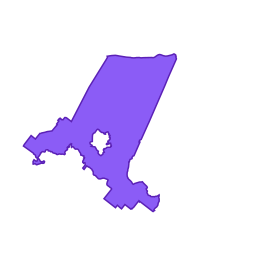 Muaro Jambi, Jambi, Indonesia (Mercator projection), rotated 308°
{"feature_id": "22746128B29274337249674", "entity_name": "Muaro Jambi", "entity_type": "district", "adm_level": 2, "iso_a3": "IDN", "parent_name": "Indonesia", "parent_adm1": "Jambi", "projection": "mercator", "projection_center": [103.518, -1.705], "detail": "fine", "context": "isolated", "style": "filled", "palette": "violet", "viewbox_px": 256, "rotation_deg": 308, "n_neighbors": 0, "source": "geoboundaries", "source_scale": "gbopen_adm2", "svg_char_len": 5480}
<svg xmlns="http://www.w3.org/2000/svg" viewBox="0 0 256 256"><g transform="rotate(308 128 128)"><path d="M214.7,118.6L212.7,117.6L210.8,116.1L209.0,114.7L207.7,113.3L206.7,111.2L206.1,109.2L205.5,107.8L204.5,106.9L203.5,106.4L199.9,105.3L198.9,104.5L198.1,103.2L192.7,96.6L191.7,95.6L191.0,94.6L190.4,93.3L189.8,92.7L188.9,91.5L187.6,90.3L186.5,89.0L185.5,87.4L185.2,86.6L182.9,83.2L179.2,76.5L178.4,74.9L177.5,73.3L175.0,70.5L171.7,67.4L171.1,68.3L169.3,68.6L136.3,72.2L98.2,79.4L98.2,73.7L98.0,72.6L97.3,71.7L94.4,71.7L94.1,71.0L93.8,70.8L94.0,68.8L93.3,68.8L93.3,68.1L90.9,68.0L90.9,69.2L87.2,69.3L87.1,70.2L78.9,69.9L76.7,67.8L75.5,66.6L73.5,65.2L70.9,63.0L70.0,62.5L69.3,62.0L69.3,61.9L62.3,61.8L62.4,56.3L51.2,56.4L49.4,56.7L49.6,60.5L49.9,68.6L49.8,69.4L49.4,69.7L49.6,71.9L48.8,72.6L48.7,73.0L48.2,73.5L48.3,75.1L47.3,76.2L45.8,76.6L45.2,75.7L45.1,73.5L43.1,73.8L42.8,74.1L41.1,75.4L41.1,75.5L42.7,76.8L42.8,77.7L42.6,78.1L42.7,78.4L42.9,78.8L44.1,79.5L45.3,80.4L47.0,81.4L47.8,82.8L48.4,83.3L49.1,83.4L50.2,82.9L50.3,82.7L50.3,82.3L50.2,81.9L49.3,81.7L48.5,81.0L48.0,80.3L47.9,79.9L47.8,79.4L48.4,78.1L49.1,75.4L49.4,75.1L51.8,75.2L53.4,74.9L54.3,74.9L54.6,74.5L55.4,74.8L56.0,74.8L56.4,75.1L56.8,75.2L57.2,75.8L57.5,76.8L58.2,77.3L58.5,77.3L58.9,77.0L59.8,76.8L60.1,76.9L60.5,77.1L61.2,77.8L61.4,78.1L61.4,78.6L60.9,79.3L61.6,80.4L61.8,81.1L61.7,81.4L61.7,81.8L62.5,82.5L62.2,84.1L62.8,85.7L63.1,86.0L63.1,86.6L63.4,86.9L63.5,87.2L63.5,87.5L63.3,87.9L63.4,88.4L63.4,88.5L64.4,89.3L65.3,89.7L65.4,90.2L66.0,91.1L66.1,91.5L66.7,91.9L67.5,93.1L67.9,94.3L68.6,94.5L69.0,94.4L69.4,93.7L69.7,93.3L70.6,93.0L71.5,92.9L72.0,93.0L72.5,93.4L72.8,93.5L73.5,93.5L73.5,93.3L74.1,93.3L74.7,92.8L74.9,92.5L74.9,92.3L75.3,92.1L75.5,92.1L75.4,92.4L75.5,92.5L75.6,92.3L75.9,92.3L75.9,92.6L76.1,92.8L76.2,93.1L76.3,93.1L76.4,92.9L76.9,92.9L76.9,93.1L77.1,93.5L77.3,93.3L77.4,93.0L77.3,92.5L78.1,92.3L78.4,92.3L79.0,92.6L79.3,92.5L79.4,92.9L79.7,92.8L80.1,92.9L80.6,92.8L80.7,93.4L79.8,93.6L79.2,94.1L78.2,95.5L79.0,95.6L79.3,95.9L79.4,97.1L79.0,98.1L78.9,99.5L79.5,100.2L80.1,100.8L80.4,101.6L80.3,102.4L79.5,104.2L78.9,106.0L78.6,106.5L78.4,106.9L77.9,107.1L77.6,107.4L77.8,107.7L77.8,108.1L78.2,108.8L78.2,109.6L78.7,110.1L78.8,110.4L78.5,110.6L78.2,111.0L77.7,111.3L77.8,111.7L77.8,112.1L77.0,112.3L76.3,112.0L75.7,112.6L74.7,112.6L73.7,113.0L73.1,113.5L73.2,114.1L72.9,114.6L73.3,114.7L74.1,115.4L72.6,117.0L68.6,117.0L68.3,118.3L68.3,118.9L72.6,118.8L72.8,119.6L72.9,121.0L73.2,121.4L73.3,121.8L73.3,122.3L73.1,123.4L73.2,124.2L73.2,125.1L72.8,125.5L72.6,126.0L72.4,126.5L72.5,126.7L72.2,127.4L70.1,129.2L69.9,130.3L70.4,131.3L70.5,132.1L70.3,132.3L70.2,133.1L69.8,135.9L70.6,137.3L71.2,137.8L73.0,139.1L73.8,140.2L74.9,143.8L74.8,144.2L74.6,144.4L72.7,144.9L71.0,145.7L70.4,146.3L70.2,146.7L70.1,147.4L70.2,149.7L70.1,150.6L70.2,151.8L70.1,152.3L69.7,152.7L57.5,152.6L57.5,167.2L60.6,167.2L60.3,171.2L60.3,172.7L65.8,172.7L65.8,180.1L66.6,180.3L66.6,180.9L67.4,180.9L68.1,181.1L69.1,181.3L76.6,181.3L76.7,182.3L77.4,181.8L77.5,198.7L77.6,199.2L78.6,199.4L79.2,199.7L79.2,199.2L79.3,199.0L79.5,198.8L80.2,198.7L81.4,198.7L83.5,199.2L85.3,199.1L86.1,198.8L86.6,198.4L87.9,197.9L89.6,197.6L90.6,196.7L91.2,196.4L92.1,195.1L92.5,194.7L93.6,194.4L94.1,194.0L94.4,193.7L92.8,193.2L91.6,192.4L90.9,191.5L90.1,191.3L89.6,190.3L88.6,189.1L88.0,188.0L88.3,187.3L88.1,186.7L87.8,186.1L87.6,185.0L88.3,183.8L88.6,182.9L89.2,182.4L89.9,182.3L90.3,182.0L90.5,181.0L90.6,180.8L91.2,179.8L92.4,180.0L93.2,179.7L93.6,178.7L94.1,174.2L94.5,172.4L93.7,171.8L92.6,170.4L88.2,167.3L87.4,167.1L86.9,166.8L86.9,165.8L87.6,164.2L87.9,162.7L88.1,160.1L88.4,158.7L88.9,158.4L89.1,157.6L89.7,156.9L90.9,155.8L92.7,154.6L94.1,154.2L95.0,153.5L97.5,152.5L100.5,150.6L101.6,149.6L101.9,149.9L102.2,149.7L102.6,149.7L104.4,148.9L106.2,150.0L106.7,149.9L107.3,149.2L109.1,149.2L109.6,149.7L110.2,149.7L124.2,146.1L123.8,145.3L125.5,144.7L126.4,145.2L127.2,145.4L144.3,141.2L144.5,141.2L183.9,131.0L193.6,128.3L212.3,123.6L212.6,123.2L212.9,122.5L213.6,122.2L213.8,121.8L214.2,121.6L214.1,121.1L214.9,120.6L214.9,119.8L214.7,118.6ZM101.4,104.1L102.9,104.2L103.8,104.8L104.5,104.7L107.8,104.6L108.5,105.0L108.7,106.4L108.5,107.3L108.3,107.3L108.2,109.8L108.8,110.8L109.1,111.7L109.0,112.1L108.7,112.4L108.8,113.4L109.1,113.8L109.2,113.5L109.5,113.6L109.6,113.4L110.2,113.1L110.6,113.5L111.0,113.5L112.2,114.1L112.5,114.6L112.6,114.9L112.0,115.5L111.8,116.1L111.8,116.5L111.5,116.5L111.4,116.7L111.2,116.8L111.1,117.1L110.9,117.1L111.1,118.3L110.6,118.3L110.4,118.2L110.1,118.6L109.3,118.8L109.3,119.2L109.6,119.7L109.2,120.0L108.8,120.0L108.6,120.6L108.4,120.7L107.6,120.8L107.1,120.5L106.9,120.5L106.6,120.7L105.4,120.6L105.3,120.2L105.2,120.2L104.7,120.7L104.7,121.4L104.5,121.9L102.6,120.7L102.3,120.8L101.7,121.2L101.7,121.3L102.0,121.5L102.4,122.1L103.0,122.0L103.3,122.1L103.3,122.5L103.8,122.9L104.4,123.1L104.6,123.5L105.2,123.7L103.6,125.9L103.7,126.5L103.0,125.6L102.7,126.0L101.9,125.9L100.2,123.7L99.7,123.3L99.1,123.3L97.0,122.5L97.1,121.9L96.9,121.8L96.4,122.1L95.7,122.0L95.0,122.8L94.3,124.2L93.2,123.6L91.9,124.3L89.5,123.7L89.3,121.6L89.8,119.8L91.4,119.0L91.3,118.5L91.5,118.0L91.4,116.9L91.8,116.0L92.1,115.6L92.1,115.2L92.5,114.7L92.8,113.6L91.0,110.5L91.7,110.7L92.0,110.6L92.3,110.3L92.3,110.1L92.1,109.5L92.1,108.7L92.1,108.2L92.4,107.6L93.0,107.0L93.7,107.0L94.6,107.5L95.4,108.2L99.5,105.1L100.0,104.9L100.6,104.3L101.4,104.1Z" fill="#8b5cf6" stroke="#5b21b6" stroke-width="1.5"/></g></svg>